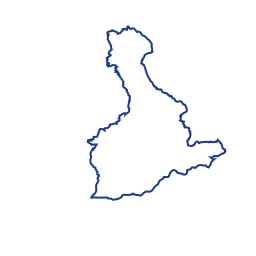 Brad, Hunedoara, Romania, rotated 317°
{"feature_id": "2599482B48493283772972", "entity_name": "Brad", "entity_type": "district", "adm_level": 2, "iso_a3": "ROU", "parent_name": "Romania", "parent_adm1": "Hunedoara", "projection": "equal_earth", "projection_center": [22.817, 46.147], "detail": "fine", "context": "isolated", "style": "outline", "palette": "blue", "viewbox_px": 256, "rotation_deg": 317, "n_neighbors": 0, "source": "geoboundaries", "source_scale": "gbopen_adm2", "svg_char_len": 5901}
<svg xmlns="http://www.w3.org/2000/svg" viewBox="0 0 256 256"><g transform="rotate(317 128 128)"><path d="M181.5,211.8L183.3,211.6L183.4,211.2L183.2,211.0L184.3,209.9L183.9,209.5L183.4,207.8L185.6,203.0L185.6,202.3L185.3,201.7L185.8,200.6L185.4,198.7L185.5,197.9L184.8,198.2L184.7,198.5L183.3,198.5L183.3,198.0L182.9,197.7L182.2,197.8L181.3,196.7L180.0,196.0L179.6,195.3L178.8,194.5L178.9,194.1L178.1,193.6L177.5,193.7L176.2,191.8L175.0,190.7L171.3,188.0L169.5,187.4L169.8,185.7L168.6,184.5L165.7,185.1L164.9,185.6L163.4,184.8L163.0,185.0L162.5,184.8L161.8,184.2L160.1,181.7L161.8,179.2L162.4,177.8L164.6,177.9L164.9,177.2L166.1,177.3L166.9,177.0L168.8,175.8L169.3,175.0L169.9,174.7L169.9,173.5L170.2,173.1L171.1,173.0L170.9,172.3L171.0,171.6L171.3,171.1L172.5,170.1L172.6,169.7L171.1,167.2L169.9,166.2L170.2,164.9L171.1,164.9L171.4,164.5L171.1,162.7L171.4,162.1L172.0,161.7L172.9,161.9L173.1,161.6L172.6,161.0L172.9,160.9L172.7,160.5L171.6,159.5L171.3,158.0L172.0,158.2L173.9,155.8L175.0,155.5L174.6,154.7L175.7,154.5L179.2,155.1L181.2,155.8L182.7,155.6L183.1,155.3L184.5,153.1L185.0,151.7L185.0,151.1L185.4,150.5L185.5,149.8L184.6,148.6L184.8,148.1L184.6,147.5L184.7,146.8L185.1,146.1L184.7,144.4L183.4,143.2L182.1,142.6L181.5,141.7L181.2,139.8L181.7,139.1L181.8,138.2L180.8,136.3L181.4,134.7L181.0,134.7L180.6,133.9L180.8,133.4L180.1,132.9L180.3,131.8L179.8,130.7L180.2,130.4L180.2,129.9L179.5,128.0L179.1,128.0L178.2,126.5L177.8,125.3L178.0,123.6L178.5,122.9L178.5,122.3L177.2,121.5L177.1,120.9L176.6,120.5L176.1,119.5L176.3,118.3L175.7,118.6L176.0,114.9L175.6,114.7L176.8,111.2L176.5,108.9L177.2,106.8L177.2,105.7L177.8,104.6L177.8,103.6L178.5,102.1L178.7,101.1L179.5,99.9L180.2,97.9L181.4,96.1L182.6,92.3L181.7,89.9L183.2,89.2L183.4,88.5L183.9,88.2L184.5,87.9L185.0,88.2L185.5,87.6L187.9,87.2L189.9,86.1L193.4,86.8L196.1,88.6L197.0,88.9L197.9,88.9L197.9,88.2L199.7,86.6L201.0,84.1L202.4,83.2L202.7,82.7L203.1,80.2L203.2,77.4L202.8,75.1L203.1,73.2L202.5,71.6L202.2,71.4L201.8,69.2L202.1,67.3L202.1,65.8L201.3,64.5L200.1,64.0L200.0,63.3L200.4,60.0L200.1,59.1L199.0,58.0L197.6,57.6L197.1,56.3L196.7,54.6L197.1,54.9L197.5,54.8L197.6,54.5L197.3,54.0L197.0,54.4L196.1,53.9L195.8,54.5L195.3,54.5L195.1,54.6L195.2,54.8L194.3,55.5L194.0,55.4L193.5,53.5L192.7,53.2L191.9,52.1L191.6,52.1L191.3,53.0L188.8,53.0L187.5,53.2L186.6,53.1L184.9,52.2L185.3,51.5L185.2,51.2L185.4,51.1L185.4,50.7L185.2,50.5L185.0,50.8L184.5,48.6L183.5,47.3L183.7,46.6L183.0,46.3L182.5,45.6L182.3,45.7L181.3,45.4L179.3,44.3L178.5,44.1L177.6,44.4L177.5,46.7L176.7,47.0L176.3,46.5L175.0,48.3L173.7,49.1L173.2,51.3L172.9,51.7L172.9,52.7L172.5,53.0L172.2,54.2L172.0,54.5L171.7,56.3L169.9,58.4L169.7,59.5L169.2,59.3L167.7,59.5L167.0,59.2L165.8,59.6L165.2,60.3L164.5,60.5L164.6,61.0L165.0,61.2L164.6,62.1L164.9,63.0L163.7,63.0L161.6,62.4L160.1,62.4L160.0,64.1L159.3,64.0L158.5,64.3L158.0,65.8L157.5,65.9L157.5,66.5L157.1,66.7L158.0,67.1L158.2,68.0L157.9,68.2L157.1,68.0L156.4,68.4L155.7,68.2L155.7,69.0L155.5,69.4L156.9,70.2L156.9,70.4L157.6,70.9L159.8,71.5L160.8,73.0L161.6,73.5L161.4,74.7L161.7,75.9L160.9,76.1L160.1,75.6L159.4,75.6L159.0,76.5L159.0,77.5L158.0,77.4L157.9,77.9L157.1,78.5L158.5,79.5L158.2,79.6L158.5,81.4L157.5,81.5L158.0,82.9L157.8,83.0L157.6,83.6L157.3,83.4L157.3,84.1L156.8,86.4L156.7,88.6L156.3,90.8L156.0,91.2L154.9,91.7L154.4,93.1L153.5,93.3L152.9,94.3L152.7,95.4L153.0,96.8L153.0,97.8L153.3,99.3L153.1,99.6L152.2,99.9L151.9,102.3L151.5,102.7L151.4,103.5L150.7,104.2L151.1,105.9L150.7,106.4L149.7,107.0L149.5,107.6L148.3,108.9L148.2,108.7L148.4,108.3L147.7,108.7L147.0,109.5L146.3,109.6L145.7,110.4L144.0,111.4L142.9,112.6L142.5,112.7L142.1,114.9L141.7,115.0L141.1,115.8L139.8,116.7L139.3,116.8L137.6,116.6L136.9,116.2L135.5,116.3L136.1,115.9L136.2,115.5L135.9,115.3L135.5,115.4L135.1,114.5L134.6,114.6L133.8,114.0L132.4,113.7L131.7,114.0L130.1,113.1L128.7,114.7L127.9,114.8L128.1,115.2L127.6,116.3L127.2,116.6L126.0,116.6L125.6,116.3L125.1,116.4L123.7,115.8L122.7,117.2L121.2,115.5L118.7,114.3L117.2,113.2L116.8,113.4L116.4,114.0L115.6,113.9L114.9,114.3L114.1,114.3L113.0,113.9L110.6,112.3L110.0,112.4L109.3,113.7L108.6,111.6L107.2,109.8L106.2,109.7L104.1,111.1L103.6,111.1L103.5,111.4L99.4,113.3L96.8,111.1L95.1,112.7L93.9,111.8L93.2,112.5L91.8,111.6L92.4,110.8L90.4,109.7L89.0,110.9L89.2,111.8L89.5,112.2L89.7,113.7L90.3,114.7L89.9,115.3L90.3,115.8L92.3,117.2L93.8,118.6L89.7,119.9L88.6,119.2L88.5,119.6L87.7,120.3L87.0,119.5L86.3,119.6L83.4,120.9L82.8,121.4L81.5,123.9L79.7,125.0L77.7,126.8L76.8,128.2L76.5,129.3L76.6,131.0L76.3,133.1L77.0,134.9L76.5,135.4L76.0,137.4L75.5,138.2L75.4,139.2L75.7,139.3L75.5,139.7L73.9,140.9L74.1,141.4L74.3,141.6L74.2,141.9L74.6,142.4L74.5,142.8L73.8,143.4L71.6,143.9L71.4,144.3L70.9,144.7L70.8,146.0L70.3,146.5L66.2,147.8L64.0,149.7L63.6,150.6L61.4,152.6L59.3,153.3L56.4,153.2L52.8,154.0L54.7,154.4L58.4,158.3L65.5,164.8L65.4,166.0L67.3,167.9L68.1,170.3L72.6,173.2L76.2,174.1L77.3,173.4L78.3,173.6L79.5,174.1L82.8,177.4L84.4,178.6L85.8,179.2L86.9,179.3L87.2,179.9L87.0,180.5L88.1,182.0L88.3,182.6L89.7,183.9L90.6,185.6L91.2,186.0L92.5,186.3L95.2,186.2L97.8,186.7L100.6,189.5L102.7,190.1L108.5,189.2L111.8,189.5L114.3,188.3L115.3,188.1L118.2,188.8L120.0,188.9L120.7,188.3L121.5,188.8L123.5,191.0L124.5,191.3L128.0,189.7L129.6,189.3L131.7,189.4L132.8,189.9L133.6,191.2L133.9,192.7L133.6,193.7L133.8,195.0L134.6,195.7L135.3,197.0L136.6,198.5L136.7,199.7L137.6,200.7L139.0,201.3L140.2,201.3L141.2,200.7L142.2,199.3L142.5,199.2L143.7,199.7L145.6,200.9L146.7,200.5L148.1,200.5L149.0,201.8L149.4,201.9L149.9,203.1L150.3,203.2L152.7,203.1L155.1,203.9L156.5,205.1L157.0,206.3L158.1,207.4L159.3,208.3L159.4,208.8L159.2,210.3L160.2,211.9L161.6,211.3L163.3,211.1L166.1,209.6L169.5,209.6L168.7,209.1L168.8,208.5L168.5,206.3L168.8,206.7L169.4,207.0L172.0,207.2L172.3,208.0L173.4,208.7L174.5,210.0L179.1,210.8L179.8,211.4L181.5,211.8Z" fill="none" stroke="#1e3a8a" stroke-width="2"/></g></svg>